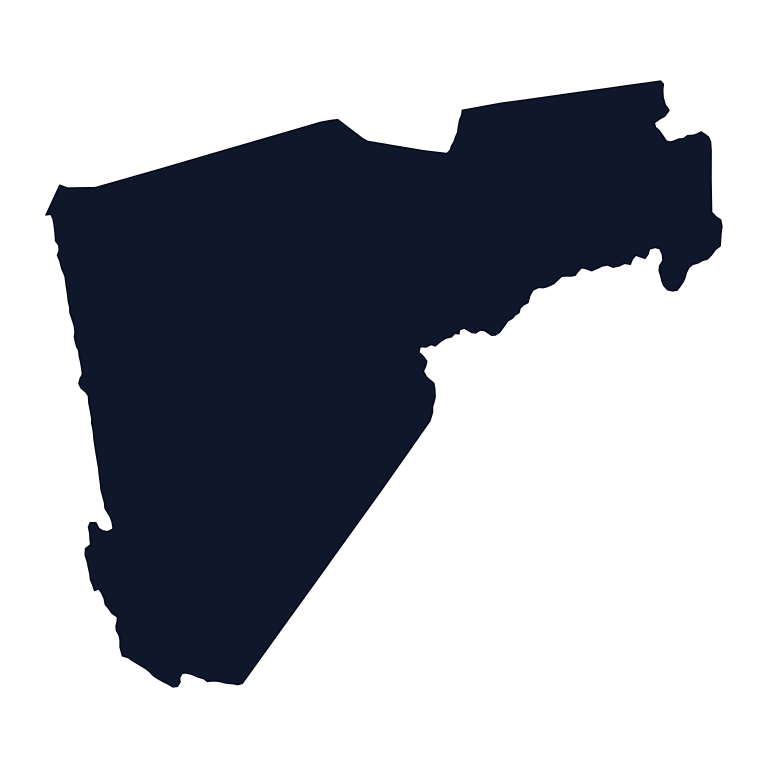 Quijingue, Bahia, Brazil
{"feature_id": "56859067B85508480609992", "entity_name": "Quijingue", "entity_type": "district", "adm_level": 2, "iso_a3": "BRA", "parent_name": "Brazil", "parent_adm1": "Bahia", "projection": "natural_earth1", "projection_center": [-39.021, -10.812], "detail": "fine", "context": "isolated", "style": "filled", "palette": "ink", "viewbox_px": 768, "rotation_deg": 0, "n_neighbors": 0, "source": "geoboundaries", "source_scale": "gbopen_adm2", "svg_char_len": 3404}
<svg xmlns="http://www.w3.org/2000/svg" viewBox="0 0 768 768"><path d="M242.3,683.3L284.7,624.3L327.3,565.3L330.6,560.5L341.2,545.8L381.9,489.3L429.8,421.0L432.5,412.5L432.5,406.5L433.8,402.4L435.1,397.1L434.8,389.3L433.7,383.2L429.6,379.8L426.6,377.2L423.3,371.3L425.6,366.1L426.7,361.3L423.3,356.5L418.8,352.4L420.1,346.6L426.0,347.0L430.9,344.5L435.4,345.8L440.0,341.8L445.5,338.2L451.4,336.8L454.7,333.3L458.8,333.8L459.6,329.6L464.3,328.0L467.9,330.2L471.8,332.4L475.5,332.9L480.1,330.1L484.7,330.6L488.5,333.1L491.6,335.3L495.3,335.0L499.4,332.4L503.9,326.4L507.5,321.0L512.4,318.2L515.0,315.0L518.8,312.8L520.1,308.1L523.4,304.9L527.9,302.6L529.7,295.8L532.8,290.1L538.5,287.4L543.4,287.6L547.4,286.5L553.8,283.6L557.8,279.8L561.5,276.3L566.2,275.9L571.3,276.0L575.1,275.2L578.1,271.2L581.4,267.7L585.1,268.3L591.8,270.7L597.2,268.3L602.3,265.9L607.5,264.9L613.2,267.2L619.4,265.8L624.5,263.3L630.3,264.2L632.2,259.4L635.7,255.1L640.2,256.7L645.0,258.3L648.2,253.8L649.3,249.0L655.2,247.4L659.9,248.7L662.4,254.4L663.0,260.6L659.7,265.8L659.2,270.7L661.1,277.0L662.1,281.6L663.8,285.5L667.6,289.7L672.5,290.9L677.1,290.1L679.9,286.5L683.0,281.9L685.0,277.6L686.2,272.8L688.9,267.4L692.7,264.3L697.6,263.1L702.5,260.4L707.4,259.0L711.6,254.7L715.3,249.6L720.2,245.8L720.5,240.0L721.0,233.2L721.9,226.5L720.6,219.8L716.4,217.3L711.6,212.3L711.0,179.5L711.1,150.8L710.5,141.8L708.6,137.3L705.1,134.5L701.1,132.0L697.6,133.8L693.9,135.3L687.6,135.7L683.5,138.7L678.9,139.1L674.7,140.8L670.7,142.1L666.4,141.2L663.0,136.1L659.1,130.6L655.5,127.5L654.2,122.7L659.9,118.8L664.8,116.1L669.0,110.3L665.2,104.9L663.1,97.6L662.7,90.0L663.3,84.2L660.5,81.1L624.4,86.1L608.5,88.4L576.9,92.7L519.6,100.8L501.4,103.2L462.4,110.3L461.8,114.9L459.6,120.4L458.4,127.2L457.7,132.5L455.7,136.9L454.1,141.7L451.6,146.0L450.2,150.3L446.9,153.6L423.3,150.8L367.5,141.4L362.6,138.7L343.1,123.8L337.8,119.7L331.4,120.4L320.4,122.4L306.5,126.5L241.9,145.3L230.9,148.5L156.2,170.3L95.2,187.7L84.6,187.8L67.7,188.1L59.8,185.3L46.1,214.8L51.0,214.2L52.9,218.5L53.9,223.3L54.7,229.3L55.3,235.6L55.6,240.9L58.8,245.2L59.2,250.6L57.5,255.3L59.8,260.6L61.8,268.6L65.1,276.3L66.1,284.4L67.5,293.3L68.4,301.3L69.7,307.0L70.0,312.8L72.0,318.7L74.3,325.8L75.1,332.2L74.4,336.9L75.6,342.5L76.7,346.6L78.7,350.3L79.2,355.5L80.8,362.6L81.8,368.8L82.5,374.3L80.2,378.6L78.9,383.6L81.1,388.0L86.1,392.3L88.5,396.0L88.9,402.9L90.1,409.0L91.0,414.0L91.8,418.7L91.8,423.7L92.9,428.6L93.6,433.5L94.0,438.8L94.6,443.3L95.4,448.6L96.5,455.5L97.2,459.6L98.5,466.9L99.1,472.8L99.8,478.6L100.5,483.6L101.1,490.0L102.7,495.9L104.6,502.8L105.0,508.1L107.8,512.9L110.3,516.8L112.1,521.8L113.2,528.9L107.7,531.7L103.2,531.1L98.8,528.6L95.8,522.8L90.3,522.7L88.5,527.0L89.8,533.3L90.1,539.4L90.7,544.7L85.6,548.6L85.2,555.0L87.4,561.9L88.3,566.9L89.9,573.9L90.5,579.6L92.4,584.0L94.6,590.4L98.9,588.8L101.5,592.7L104.1,598.2L105.4,604.6L108.2,607.8L112.1,613.3L117.5,617.0L117.2,621.5L116.1,625.9L116.4,630.4L119.1,635.2L120.1,640.0L120.1,647.2L122.4,655.8L128.3,657.6L132.4,660.6L136.7,663.1L141.8,666.2L145.5,668.4L149.6,671.6L153.2,675.5L157.7,678.5L162.8,681.4L167.6,683.7L172.9,686.9L177.4,686.3L180.0,682.1L179.5,677.8L182.2,673.2L185.9,672.9L191.3,674.1L197.9,676.9L204.0,678.7L207.3,681.4L211.4,681.0L216.5,681.0L220.1,681.5L224.2,682.7L228.9,683.3L233.3,683.7L237.9,684.6L242.3,683.3Z" fill="#0f172a" stroke="#020617" stroke-width="1.5"/></svg>